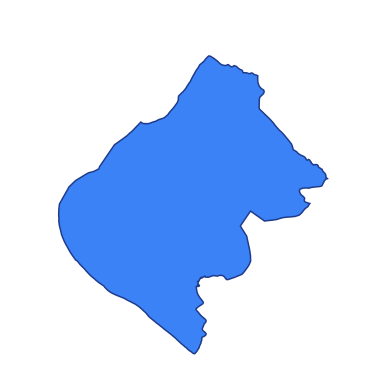 Krouch Chhmar, Kâmpóng Cham, Cambodia (Natural Earth projection), rotated 304°
{"feature_id": "14789045B551080395236", "entity_name": "Krouch Chhmar", "entity_type": "district", "adm_level": 2, "iso_a3": "KHM", "parent_name": "Cambodia", "parent_adm1": "Kâmpóng Cham", "projection": "natural_earth1", "projection_center": [105.671, 12.195], "detail": "fine", "context": "isolated", "style": "filled", "palette": "blue", "viewbox_px": 384, "rotation_deg": 304, "n_neighbors": 0, "source": "geoboundaries", "source_scale": "gbopen_adm2", "svg_char_len": 5626}
<svg xmlns="http://www.w3.org/2000/svg" viewBox="0 0 384 384"><g transform="rotate(304 192 192)"><path d="M59.5,284.7L62.3,285.1L62.8,285.1L63.4,285.1L64.3,285.0L65.3,285.0L66.6,285.0L67.4,284.8L68.5,284.4L69.4,284.2L70.2,284.1L71.5,284.0L72.8,283.3L73.9,283.2L74.9,282.7L76.0,282.1L76.9,281.5L78.0,282.0L78.8,282.6L80.2,283.2L81.6,283.4L82.5,282.8L83.1,280.5L83.1,278.9L83.6,277.8L84.3,277.0L85.5,276.7L87.3,276.4L89.2,275.9L90.6,276.1L91.9,276.2L93.3,275.6L93.9,274.2L94.4,269.6L95.0,266.9L95.9,264.1L96.4,261.6L97.4,260.7L100.0,261.3L101.5,261.8L102.9,262.5L105.3,263.4L106.5,263.4L107.3,262.3L108.1,259.8L109.0,257.0L110.5,253.9L112.3,251.6L114.2,249.9L115.2,248.9L116.0,248.4L116.4,248.9L117.3,250.1L118.2,250.6L118.7,250.3L118.4,249.6L117.6,248.9L118.3,248.9L119.3,248.8L119.5,248.1L120.3,247.8L120.7,247.4L120.9,246.8L121.5,247.3L121.9,247.6L122.4,247.5L123.5,247.2L124.2,247.2L125.1,247.4L125.5,247.1L125.8,247.8L126.4,247.6L126.4,248.1L126.8,248.6L127.4,248.8L128.3,248.8L128.4,249.4L129.5,249.9L129.0,250.6L129.2,251.2L130.2,252.8L131.3,253.9L133.1,255.2L134.2,256.0L135.1,257.2L135.8,258.9L136.7,260.3L138.3,261.4L138.9,262.4L139.7,263.7L139.9,265.1L139.8,266.4L139.2,267.8L139.2,268.6L138.7,269.2L138.9,270.0L139.5,270.8L144.9,274.9L149.8,278.2L151.9,279.5L155.0,279.9L159.3,280.1L163.1,280.1L167.4,279.3L171.8,276.2L176.5,271.9L180.8,267.4L186.0,262.0L190.8,251.1L200.5,251.1L208.9,251.2L208.5,268.4L210.5,270.6L213.1,273.8L216.5,277.5L218.0,278.7L221.6,281.7L224.7,285.3L226.9,288.2L229.5,291.2L232.6,293.7L235.8,294.6L240.2,294.9L242.6,295.4L243.1,295.7L244.5,296.2L246.9,296.1L248.4,296.1L248.0,295.3L247.6,293.6L247.1,292.1L247.2,290.5L248.3,289.4L249.6,289.1L250.5,287.2L250.6,284.9L251.0,283.1L252.2,281.2L253.7,280.0L255.1,280.2L257.2,281.7L258.6,283.6L259.7,285.1L260.5,286.6L261.3,287.5L262.4,288.2L265.4,291.7L267.2,293.9L268.7,295.6L269.8,296.2L270.9,296.1L273.1,295.8L275.2,295.6L277.4,295.7L278.8,296.8L279.0,295.4L279.3,294.5L280.3,294.0L281.4,292.7L281.8,291.5L282.3,289.4L282.7,288.2L283.6,287.1L283.3,286.4L283.5,285.0L283.3,284.0L283.3,283.0L284.2,282.2L284.6,280.6L284.2,279.6L283.2,278.3L282.3,277.7L282.6,276.4L282.7,274.8L283.5,273.9L283.5,272.9L284.2,272.1L284.2,270.5L282.8,269.8L282.7,268.7L283.4,267.8L284.0,265.9L283.9,264.0L283.5,262.2L283.3,259.9L283.4,257.9L283.9,256.3L283.8,254.3L283.7,253.0L283.9,252.0L285.4,250.4L286.7,248.7L287.5,247.4L288.6,244.0L291.0,235.9L291.6,233.0L292.2,229.4L293.0,226.3L293.8,223.5L294.8,220.7L296.1,215.2L298.5,201.3L299.9,200.2L301.9,198.9L303.5,197.9L306.7,195.9L308.6,195.2L310.7,195.7L313.6,196.3L315.6,195.7L316.6,194.4L316.5,191.7L316.8,190.3L317.5,188.2L318.9,186.4L320.2,184.9L321.8,183.7L323.7,182.4L325.1,181.6L325.0,181.0L325.0,180.1L324.6,179.2L324.3,178.6L324.1,177.6L324.3,176.4L324.3,175.6L324.0,174.8L323.1,174.1L322.5,173.9L322.0,173.0L321.6,171.5L321.1,170.1L320.4,169.0L319.7,168.0L319.4,167.5L319.7,167.1L320.5,166.4L320.9,165.2L320.5,163.2L320.5,161.5L320.7,160.1L320.9,158.7L320.5,156.5L319.9,156.0L318.5,155.6L318.1,155.2L317.7,154.2L317.7,152.9L317.9,151.1L317.6,150.4L316.9,150.0L316.1,149.6L315.4,148.9L315.1,148.1L314.7,147.2L314.5,146.6L314.2,145.9L314.1,144.5L314.1,143.2L314.3,141.9L314.6,140.8L314.8,139.2L314.8,138.0L315.0,136.2L315.0,135.3L315.0,134.3L314.9,132.4L314.9,131.4L314.5,130.8L314.3,129.9L313.1,129.5L312.2,129.3L310.2,129.0L308.8,128.9L307.1,128.8L305.6,128.4L303.7,127.9L302.3,127.4L301.2,127.3L299.8,127.5L297.9,127.6L296.1,127.5L294.1,127.5L292.5,127.7L290.4,127.9L288.5,128.0L285.9,128.3L285.3,128.4L284.4,128.5L282.7,128.8L282.2,128.8L281.7,128.7L280.4,128.7L278.6,128.7L276.4,128.8L274.2,128.9L271.9,128.7L269.7,128.4L267.9,127.9L266.5,127.7L264.7,127.3L264.0,127.2L259.9,129.5L257.4,129.8L254.6,129.7L251.6,129.6L248.0,129.1L244.1,128.7L242.6,128.8L240.9,128.3L238.2,127.5L236.5,126.5L233.8,124.2L229.8,122.0L229.0,121.1L224.5,117.9L221.7,113.8L221.3,112.2L221.4,110.5L207.9,108.1L206.3,107.5L205.8,107.4L202.1,106.6L190.9,102.5L187.7,101.3L161.5,101.2L160.9,101.3L160.3,101.5L159.7,101.6L159.0,101.8L154.0,99.0L150.2,95.6L148.0,94.4L136.4,89.1L127.6,87.2L108.0,88.8L105.5,90.1L103.7,91.0L101.6,92.3L99.4,93.7L98.3,94.4L97.5,94.9L96.9,95.5L96.1,96.2L94.4,97.2L92.6,98.5L90.1,100.8L88.5,102.5L86.2,105.1L83.7,107.8L81.8,110.5L79.9,113.4L78.0,116.8L76.9,119.1L75.5,121.7L74.0,124.7L72.8,127.6L71.7,130.5L70.9,132.6L70.5,133.7L70.7,135.4L70.0,137.6L69.7,138.5L69.3,139.7L69.2,140.5L69.0,141.3L68.8,142.1L68.7,142.9L68.4,144.2L68.2,145.4L67.9,146.6L67.6,147.5L67.3,148.7L67.0,149.9L66.8,151.0L66.6,151.7L66.4,152.6L66.1,154.0L65.9,155.4L65.7,157.0L65.5,158.9L65.4,160.3L65.1,162.0L65.0,163.1L64.9,164.4L64.8,165.2L64.8,166.6L64.8,167.7L64.8,169.6L64.8,170.9L64.7,171.9L64.3,172.8L64.1,173.5L63.9,174.7L63.7,175.7L63.4,177.1L63.3,179.0L63.3,180.2L63.4,181.9L63.5,182.8L63.8,184.9L64.0,186.0L64.4,188.2L64.7,189.4L65.0,190.8L65.2,191.7L65.7,194.0L65.9,195.3L66.1,197.3L66.2,198.8L66.4,200.4L66.7,202.3L66.9,204.5L67.1,206.0L67.3,207.4L67.3,208.5L67.3,209.8L67.3,210.9L67.3,212.0L67.2,213.2L66.9,214.8L66.8,216.4L66.5,217.7L66.3,218.9L66.1,220.7L65.8,222.1L65.3,223.5L65.0,224.5L64.6,225.7L64.5,226.5L64.4,227.3L64.3,228.3L64.2,229.5L64.1,230.5L64.0,231.5L63.9,233.2L63.7,234.5L63.6,235.6L63.5,237.3L63.5,238.5L63.3,240.1L63.2,241.5L63.1,243.0L62.9,244.5L62.7,246.3L62.7,247.5L62.6,248.6L62.5,250.7L62.3,252.9L62.2,254.6L62.1,255.4L61.8,257.8L61.6,259.7L61.4,261.2L61.0,263.1L60.7,265.3L60.3,268.0L60.1,269.6L60.0,270.9L59.9,271.7L59.7,272.9L59.7,274.9L59.3,275.9L59.2,276.6L59.0,279.1L59.2,280.5L59.0,281.4L58.9,282.9L59.0,283.8L59.5,284.7Z" fill="#3b82f6" stroke="#1e3a8a" stroke-width="1.5"/></g></svg>